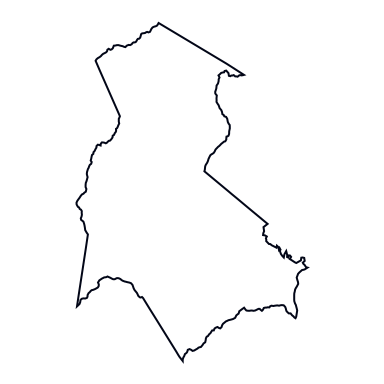 Bujari, Acre, Brazil
{"feature_id": "56859067B53260262834359", "entity_name": "Bujari", "entity_type": "district", "adm_level": 2, "iso_a3": "BRA", "parent_name": "Brazil", "parent_adm1": "Acre", "projection": "equal_earth", "projection_center": [-68.148, -9.602], "detail": "fine", "context": "isolated", "style": "outline", "palette": "ink", "viewbox_px": 384, "rotation_deg": 0, "n_neighbors": 0, "source": "geoboundaries", "source_scale": "gbopen_adm2", "svg_char_len": 5489}
<svg xmlns="http://www.w3.org/2000/svg" viewBox="0 0 384 384"><path d="M244.0,74.9L229.7,65.7L226.4,63.6L223.9,62.1L158.6,23.0L157.8,24.5L156.9,25.7L155.6,26.3L154.3,26.6L152.6,27.4L151.4,28.9L150.7,30.4L150.0,31.8L148.5,32.4L147.1,31.9L145.9,32.4L145.0,33.0L143.8,33.2L142.1,33.4L141.1,34.2L140.8,35.5L140.2,37.6L139.1,38.7L137.8,38.9L137.1,39.8L136.1,41.7L134.9,42.4L133.6,42.4L132.7,42.9L131.6,44.3L130.1,45.1L128.7,44.9L126.7,45.7L125.4,47.1L124.3,46.9L122.7,46.2L121.3,45.9L119.7,45.5L118.5,45.1L117.0,45.1L115.6,45.5L113.8,45.7L113.3,47.0L112.8,48.3L111.6,49.4L110.4,49.8L108.7,48.8L107.4,49.7L107.1,51.1L106.3,52.2L104.9,53.0L103.2,53.8L101.9,54.9L100.9,56.1L99.6,57.1L97.7,58.2L96.4,59.4L95.6,60.8L99.7,70.3L119.9,116.2L119.4,117.6L118.8,118.8L118.8,120.2L118.8,121.6L119.2,123.5L118.3,125.3L117.7,126.9L117.1,128.1L116.0,128.9L116.1,130.9L115.6,132.2L114.7,133.2L114.1,134.8L112.7,135.7L112.5,137.5L111.2,139.4L109.9,140.7L108.9,140.8L107.9,141.6L106.9,142.7L105.8,143.3L104.4,142.7L103.3,142.5L101.9,142.4L100.8,143.7L100.6,145.5L99.3,145.0L97.8,144.7L96.5,146.1L96.4,147.6L95.5,149.1L94.6,151.0L93.5,152.2L93.3,153.9L92.0,155.0L91.6,156.7L91.2,158.8L90.7,160.6L91.7,162.0L91.2,163.8L89.8,164.9L89.1,166.4L88.6,167.9L87.9,169.1L87.0,172.1L86.8,174.0L87.2,175.7L87.6,177.1L87.1,179.0L86.5,181.2L85.8,182.9L85.6,184.9L85.6,187.1L86.4,189.0L85.8,191.7L84.3,192.7L83.5,193.7L82.0,194.4L80.8,195.8L79.6,197.7L78.2,199.6L77.3,200.9L76.5,202.7L76.6,204.4L77.2,205.6L78.0,206.9L79.1,207.5L79.7,208.9L81.0,209.7L81.8,211.1L81.7,212.8L81.9,214.8L81.5,216.7L80.8,218.3L81.1,219.8L82.1,220.6L83.4,221.6L84.1,223.7L84.5,225.4L84.9,227.7L85.2,230.1L86.7,232.7L87.9,234.4L85.9,247.9L78.4,297.0L77.0,306.4L78.5,305.0L79.5,304.0L80.2,302.2L80.5,300.0L81.7,298.8L83.3,298.4L85.3,298.5L86.9,297.9L87.5,296.7L87.6,295.0L88.6,293.1L89.7,292.2L90.7,291.0L91.6,290.2L93.0,289.9L95.0,289.1L96.8,288.1L97.9,287.4L98.7,286.0L98.8,284.4L98.0,282.5L98.7,281.4L99.4,280.3L100.6,279.5L101.9,278.6L103.3,277.9L104.2,277.4L105.3,277.3L106.4,277.1L107.5,276.5L108.8,277.1L110.4,277.8L111.8,278.6L112.8,279.1L114.0,279.3L115.0,279.1L116.6,278.2L117.9,278.1L119.1,278.4L120.5,279.1L121.5,280.0L122.6,280.7L124.7,281.5L125.7,281.7L127.1,282.1L129.4,282.6L131.0,283.2L132.5,284.9L133.3,287.2L133.7,288.4L134.6,290.1L136.0,291.8L136.9,292.9L137.5,294.1L138.3,295.9L139.8,297.3L140.8,297.5L142.0,297.0L143.1,298.1L144.0,299.6L149.9,309.2L154.6,316.7L160.7,326.5L176.4,351.8L177.1,353.0L178.6,355.5L179.5,356.9L182.7,361.0L182.7,359.6L183.3,357.6L184.3,355.9L184.9,354.1L186.4,353.0L187.2,351.9L187.8,349.8L189.6,349.1L191.3,349.9L192.5,350.9L194.2,350.5L196.2,349.3L197.6,348.5L198.4,347.7L199.4,347.3L200.9,347.0L202.5,345.1L203.6,343.4L205.2,342.3L205.7,340.1L205.9,338.3L206.7,336.7L208.0,336.0L209.1,334.3L210.4,333.2L211.3,331.7L212.2,330.4L213.8,330.4L214.5,328.6L215.4,327.9L216.4,327.4L217.5,327.0L218.8,327.9L220.2,328.4L221.5,327.2L222.2,325.1L223.1,323.7L224.5,322.6L225.9,321.4L227.1,320.9L228.5,320.2L230.2,319.8L231.4,319.5L233.1,319.0L235.2,317.8L236.3,315.4L237.6,314.3L238.6,313.6L239.3,311.2L240.3,310.5L241.3,309.7L244.1,307.7L245.6,309.7L246.4,310.5L247.6,310.7L249.2,310.8L250.5,310.6L251.8,310.5L253.5,310.8L255.2,310.5L256.8,309.7L258.4,308.9L259.7,308.9L260.7,309.9L261.9,310.8L263.0,309.7L263.8,308.0L265.1,307.6L266.4,307.6L267.7,307.3L269.4,307.4L270.1,306.3L271.4,305.7L273.4,306.0L274.9,305.7L277.2,305.4L279.1,305.7L280.4,305.3L281.8,305.1L283.7,305.3L285.2,306.9L285.8,308.5L286.1,309.9L286.5,311.1L287.4,312.1L288.8,313.4L290.6,313.4L292.1,315.3L293.4,316.3L294.4,317.5L295.5,318.2L296.2,316.7L297.2,310.5L296.7,308.3L295.8,304.9L295.0,303.4L294.3,301.2L294.2,299.8L294.2,295.0L294.3,293.2L294.7,291.8L295.1,289.6L295.7,288.3L296.9,286.4L298.2,283.9L298.0,282.0L297.4,280.2L296.7,277.6L298.1,273.8L299.4,272.4L302.1,270.0L303.4,269.8L304.7,269.4L307.5,267.6L306.1,267.2L304.5,264.8L303.6,264.1L302.8,262.7L304.7,260.9L304.2,257.9L302.6,257.5L301.3,257.7L300.9,260.4L296.3,263.0L295.0,262.4L289.8,259.0L291.1,256.9L290.0,255.5L288.7,255.4L288.2,257.5L287.1,257.0L287.2,255.1L286.7,253.0L286.2,251.1L284.4,254.3L283.8,257.5L282.2,255.8L280.9,253.9L279.8,250.7L280.5,249.7L279.6,248.0L278.9,249.3L278.6,247.3L276.9,245.7L276.5,247.7L271.6,245.2L270.4,244.1L269.0,244.0L266.2,241.1L266.3,239.7L265.9,238.3L266.8,236.5L265.0,235.4L263.1,235.1L263.3,233.2L264.1,231.2L263.5,227.1L267.6,223.9L248.7,208.2L245.1,205.2L238.3,199.5L236.5,198.0L231.5,193.9L228.8,191.6L204.4,171.3L204.8,169.9L205.0,168.0L205.2,166.3L205.8,164.8L207.2,162.7L208.0,160.8L208.5,159.0L209.3,157.3L210.3,155.3L211.5,154.3L212.5,153.8L213.8,152.8L214.7,151.4L215.5,149.6L216.3,148.7L217.1,147.9L218.1,146.8L219.1,146.1L220.3,144.9L221.3,143.8L222.5,142.9L223.9,141.7L225.3,141.3L226.3,139.5L226.3,138.1L226.5,136.6L227.6,136.3L228.5,135.7L229.1,133.9L229.2,131.2L229.8,128.6L229.8,126.9L229.7,125.0L228.6,123.6L227.8,121.9L227.2,118.7L226.1,116.9L224.3,116.3L223.7,115.0L222.4,114.2L222.0,111.9L221.3,110.1L219.6,108.1L219.0,106.2L218.5,105.0L217.7,103.9L216.5,101.9L216.6,100.1L216.5,98.8L216.6,97.2L216.8,95.4L216.0,94.5L215.3,93.5L215.2,91.9L215.7,90.4L216.3,88.5L216.6,85.5L218.0,83.5L218.6,81.2L218.7,79.2L219.5,77.5L218.5,75.4L219.7,74.4L221.2,72.9L222.7,72.5L224.1,72.3L224.6,71.0L226.2,70.6L227.2,71.7L228.5,73.2L228.9,75.8L230.3,76.2L231.3,75.5L232.5,75.5L233.7,75.1L235.2,76.4L236.3,76.4L237.6,76.7L239.0,75.5L240.1,75.1L241.5,75.4L242.9,75.2L244.0,74.9Z" fill="none" stroke="#020617" stroke-width="2"/></svg>